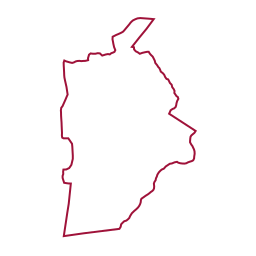 the district of Bela Cruz, Ceará, Brazil, rotated 272°
{"feature_id": "56859067B81960756923809", "entity_name": "Bela Cruz", "entity_type": "district", "adm_level": 2, "iso_a3": "BRA", "parent_name": "Brazil", "parent_adm1": "Ceará", "projection": "albers", "projection_center": [-40.267, -3.072], "detail": "fine", "context": "isolated", "style": "outline", "palette": "rose", "viewbox_px": 256, "rotation_deg": 272, "n_neighbors": 0, "source": "geoboundaries", "source_scale": "gbopen_adm2", "svg_char_len": 2708}
<svg xmlns="http://www.w3.org/2000/svg" viewBox="0 0 256 256"><g transform="rotate(272 128 128)"><path d="M193.2,62.0L191.1,61.4L188.0,61.6L186.0,61.8L181.4,62.2L178.5,62.4L176.2,62.7L173.3,63.4L166.8,65.1L159.3,66.5L157.6,65.8L154.4,64.6L147.5,61.8L145.9,60.6L143.2,60.3L141.5,60.5L137.9,60.7L134.8,61.0L131.1,61.4L128.2,61.6L120.8,62.2L118.1,62.2L116.1,62.6L115.4,64.0L115.6,68.7L110.3,72.6L107.4,73.0L98.5,73.8L95.2,73.9L89.2,72.7L87.1,71.4L85.9,70.6L84.4,67.7L84.2,64.9L82.0,64.7L79.8,64.9L77.8,64.3L75.8,64.4L73.8,65.1L71.0,66.1L70.7,68.5L70.5,70.5L70.5,72.8L50.1,71.4L41.3,70.3L34.2,69.5L17.7,67.6L21.2,87.3L26.9,122.9L29.0,124.1L31.5,124.5L33.1,125.9L34.7,127.5L35.4,129.6L36.8,131.2L38.1,132.4L40.1,133.2L42.9,134.8L45.3,137.1L47.1,139.1L48.9,140.8L50.7,142.0L52.5,142.8L54.3,143.3L56.4,143.4L57.8,143.9L59.0,145.5L61.0,148.1L62.4,150.2L63.6,151.7L64.9,153.1L65.9,154.5L67.0,155.5L68.5,156.1L70.6,156.2L73.4,155.8L75.2,156.4L76.7,157.4L78.7,157.7L80.5,158.5L82.4,159.0L84.8,160.4L86.8,162.2L87.9,163.6L88.5,165.1L89.8,166.2L90.9,167.1L92.4,169.2L93.7,171.0L94.1,173.1L95.3,175.7L95.9,178.2L95.1,179.4L94.6,181.4L94.4,183.7L94.4,185.7L94.8,187.5L95.7,189.0L96.4,190.7L97.2,193.0L98.0,194.3L99.8,195.1L102.1,195.2L104.5,195.5L107.0,195.3L108.9,194.7L110.6,193.8L112.2,193.0L113.7,191.8L115.9,190.5L117.7,190.5L119.7,190.6L121.4,190.8L122.7,191.5L124.0,192.9L125.4,194.5L127.4,195.7L143.7,168.6L145.4,169.3L147.2,170.0L148.6,171.9L149.2,173.4L150.7,174.9L152.6,175.4L154.4,175.6L156.7,176.2L158.9,177.3L160.7,176.7L161.6,175.3L162.9,174.4L164.6,173.1L166.7,173.2L168.5,172.3L170.3,170.8L172.8,170.1L174.5,168.3L176.3,167.4L178.0,166.4L178.4,164.8L180.2,163.4L182.5,162.3L184.0,160.9L185.5,158.8L187.5,158.0L189.0,157.2L190.0,156.1L191.7,155.0L194.0,153.0L196.2,152.4L198.6,151.1L200.2,150.2L201.8,148.4L203.1,147.2L204.9,146.0L204.8,144.4L204.3,142.3L203.6,139.7L202.6,137.2L203.9,135.3L204.9,133.1L206.7,131.4L208.9,131.1L209.2,129.1L218.7,136.1L227.7,143.0L237.7,149.9L237.8,148.2L237.9,146.5L238.0,144.3L238.1,141.7L238.2,139.2L238.3,136.4L237.9,133.7L236.9,131.4L235.7,129.2L234.4,127.8L233.0,126.6L231.8,125.8L230.5,124.8L229.1,123.7L227.2,122.2L225.5,120.9L224.1,119.7L223.2,118.3L222.4,116.8L221.5,115.0L220.6,113.0L219.6,111.2L218.7,109.5L216.2,109.4L213.2,110.1L211.7,110.4L208.3,111.3L205.4,112.6L203.6,111.8L202.8,110.3L202.2,108.7L200.9,107.2L201.2,105.4L200.7,103.2L200.0,101.2L199.5,99.7L200.6,98.4L201.6,97.3L201.7,95.1L201.1,92.9L201.0,90.3L201.2,88.0L199.9,86.5L197.9,86.0L196.4,85.6L194.4,85.8L193.6,83.0L193.4,80.4L193.2,78.9L193.4,77.2L193.2,75.1L192.7,73.4L191.6,71.5L191.1,69.9L191.5,67.7L192.1,65.3L192.5,63.7L193.2,62.0Z" fill="none" stroke="#9f1239" stroke-width="2"/></g></svg>